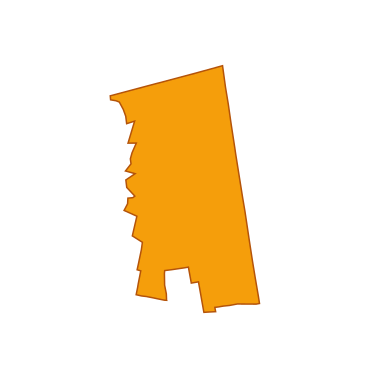 Montgomery, Pennsylvania, United States of America (Albers equal-area conic projection), rotated 43°
{"feature_id": "52423323B27696847619377", "entity_name": "Montgomery", "entity_type": "district", "adm_level": 2, "iso_a3": "USA", "parent_name": "United States of America", "parent_adm1": "Pennsylvania", "projection": "albers", "projection_center": [-75.324, 40.212], "detail": "fine", "context": "isolated", "style": "filled", "palette": "amber", "viewbox_px": 384, "rotation_deg": 43, "n_neighbors": 0, "source": "geoboundaries", "source_scale": "gbopen_adm2", "svg_char_len": 1178}
<svg xmlns="http://www.w3.org/2000/svg" viewBox="0 0 384 384"><g transform="rotate(43 192 192)"><path d="M128.2,78.8L117.2,96.7L113.7,102.4L88.0,143.3L66.6,177.4L69.6,180.1L74.2,177.1L77.5,175.8L85.5,178.5L91.9,181.8L97.6,186.6L101.7,179.3L111.9,199.9L117.9,194.2L121.4,204.2L124.3,209.8L128.2,213.0L129.0,222.0L137.9,217.4L135.4,228.3L141.2,233.2L153.0,234.0L152.6,236.5L149.3,240.2L152.9,244.5L154.9,251.8L168.2,247.3L178.3,264.8L190.0,262.6L194.3,268.7L202.0,281.4L204.9,286.3L208.3,284.6L215.2,295.7L217.4,299.0L221.2,305.2L225.9,302.5L230.4,299.2L231.0,298.9L235.6,296.0L239.3,293.8L245.5,290.0L246.3,289.4L246.7,289.0L247.3,288.5L247.1,288.4L242.7,284.0L235.5,278.8L227.4,270.4L225.6,268.1L230.1,262.7L238.1,252.7L240.6,249.4L253.6,259.1L258.0,253.3L267.2,260.2L271.7,263.6L282.2,271.5L282.8,271.9L285.4,269.1L290.9,263.4L287.4,260.8L289.8,257.9L292.7,254.1L296.8,249.4L301.5,243.0L303.0,241.6L304.8,240.0L315.4,230.2L317.4,227.5L312.2,223.4L296.7,211.6L283.5,201.4L272.2,192.5L267.0,188.4L244.0,170.1L233.4,162.0L199.8,135.8L198.0,134.4L192.9,130.3L174.9,116.1L171.9,113.7L159.0,103.3L145.0,92.5L128.2,78.8Z" fill="#f59e0b" stroke="#b45309" stroke-width="1.5"/></g></svg>